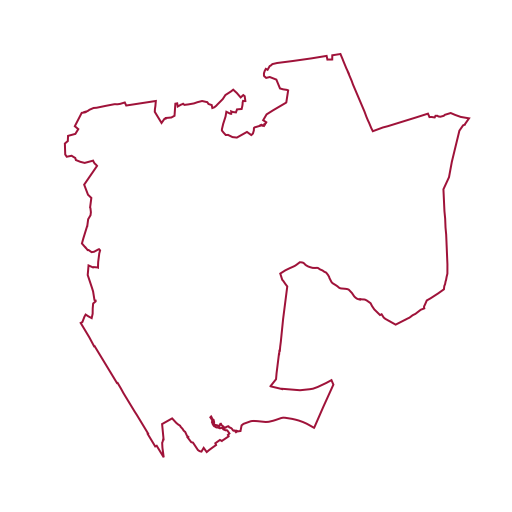 Naudītes pag., Dobele, Latvia (Mercator projection), rotated 95°
{"feature_id": "27541924B70535382823435", "entity_name": "Naudītes pag.", "entity_type": "district", "adm_level": 2, "iso_a3": "LVA", "parent_name": "Latvia", "parent_adm1": "Dobele", "projection": "mercator", "projection_center": [23.169, 56.558], "detail": "fine", "context": "isolated", "style": "outline", "palette": "rose", "viewbox_px": 512, "rotation_deg": 95, "n_neighbors": 0, "source": "geoboundaries", "source_scale": "gbopen_adm2", "svg_char_len": 6000}
<svg xmlns="http://www.w3.org/2000/svg" viewBox="0 0 512 512"><g transform="rotate(95 256 256)"><path d="M114.5,400.1L116.3,404.6L116.9,407.1L117.0,408.6L117.1,410.2L119.5,418.7L122.2,427.7L122.7,430.7L124.8,434.6L126.4,436.5L127.3,439.0L127.7,438.6L127.8,438.8L128.6,442.1L142.5,447.8L145.1,444.1L150.1,446.6L152.7,453.7L157.9,453.5L160.6,456.2L171.5,454.9L173.6,453.2L172.2,448.4L172.7,447.5L174.1,444.6L176.1,443.8L177.5,439.2L178.2,434.8L175.2,426.6L176.3,426.0L177.8,424.9L179.1,423.2L180.1,422.2L199.9,433.4L209.6,428.7L212.5,425.1L222.2,425.5L222.8,425.1L226.8,424.3L229.8,424.4L234.0,426.4L240.8,426.7L240.8,426.8L253.8,429.6L258.7,430.5L262.5,426.6L262.4,426.5L264.8,424.2L264.6,423.4L266.5,420.1L265.9,417.7L263.5,414.1L262.9,413.0L264.0,411.8L267.3,412.4L268.4,412.4L275.5,412.7L278.0,412.6L281.3,412.4L281.2,412.7L281.2,416.8L281.6,417.3L280.0,422.0L289.6,422.0L302.3,416.5L305.5,415.2L313.9,413.1L314.4,412.3L314.4,411.9L315.2,411.8L317.4,414.0L317.7,414.1L322.4,414.1L327.8,413.7L332.2,414.3L330.7,417.8L329.2,420.6L331.4,421.6L336.9,423.2L338.0,424.8L351.5,415.0L360.1,409.4L359.9,408.9L394.7,383.4L394.5,382.8L396.3,381.5L399.8,379.0L404.3,376.0L421.6,363.3L424.8,360.8L442.3,348.0L442.7,348.4L454.5,339.8L453.7,338.4L464.6,330.4L455.2,332.5L450.2,333.2L449.1,332.8L446.7,332.5L446.7,332.1L431.6,334.9L425.1,325.4L425.9,324.5L429.2,320.9L430.6,318.9L431.7,316.8L432.7,316.2L434.6,314.1L436.2,312.9L437.0,311.9L437.4,311.2L441.1,309.1L442.1,307.8L442.6,308.4L447.1,304.3L447.4,302.5L454.3,297.0L454.8,296.2L455.2,295.4L455.5,294.4L455.6,293.3L451.7,291.4L455.6,288.0L453.4,285.8L450.4,282.4L447.8,279.3L446.1,280.2L442.4,275.9L443.3,273.9L442.7,273.5L442.4,272.9L438.1,267.6L437.9,267.5L436.7,268.4L435.1,267.0L432.7,269.0L432.1,269.8L432.3,271.0L431.6,273.3L430.9,274.0L430.2,274.4L430.1,274.9L430.8,277.0L430.1,279.1L430.3,280.0L430.0,281.2L429.5,281.7L429.3,282.7L428.9,283.2L427.4,284.4L426.8,284.6L425.4,285.4L425.1,285.4L424.6,284.9L423.7,285.3L423.6,285.2L422.8,285.9L422.0,286.1L421.7,286.6L420.7,287.4L419.8,286.7L420.9,285.9L422.0,285.6L422.9,284.0L425.2,283.2L426.5,283.4L427.7,282.6L428.2,279.1L428.9,277.7L426.3,276.9L426.2,276.3L427.3,275.8L429.1,273.1L429.7,272.9L429.9,272.5L429.9,271.9L429.6,271.2L429.0,270.9L428.0,268.9L428.0,268.6L429.0,267.7L429.3,266.6L429.7,265.6L430.3,264.9L431.6,263.8L432.0,263.2L431.7,262.3L431.7,262.0L431.9,261.3L431.7,260.4L431.8,260.0L432.4,260.6L432.9,261.0L433.3,260.6L432.5,259.7L431.7,256.2L426.0,255.6L424.3,253.8L421.1,246.9L420.7,245.4L420.5,243.6L420.4,240.5L420.5,232.9L420.5,231.8L420.2,229.7L420.0,228.7L418.6,224.5L417.7,222.3L415.2,216.7L414.7,214.9L414.6,213.1L415.1,205.9L415.6,202.3L416.2,199.0L417.3,194.8L418.6,191.0L419.6,188.7L422.1,183.2L421.5,182.9L400.4,175.8L377.4,167.7L373.1,170.0L376.5,175.2L381.1,183.1L383.2,187.6L384.0,190.7L385.9,200.5L386.0,218.4L386.3,218.4L384.6,229.9L384.4,230.2L377.0,225.3L371.1,225.3L351.8,224.6L351.8,224.4L348.3,224.4L348.3,224.0L344.2,224.0L339.3,223.8L316.5,223.5L283.6,222.2L281.2,224.4L278.5,226.6L277.4,227.8L271.4,230.3L267.7,225.5L265.3,221.5L263.2,217.7L262.4,216.4L261.3,215.0L258.4,211.8L258.4,209.7L258.6,208.5L259.2,207.4L260.4,206.1L261.0,205.1L261.9,203.1L262.4,201.2L262.9,198.6L262.8,196.8L262.5,194.0L262.5,193.6L262.6,193.1L263.8,191.0L264.6,188.5L265.8,186.5L266.3,184.9L266.7,184.4L268.5,182.7L270.5,181.3L271.4,181.0L275.1,178.7L275.9,178.0L276.6,177.0L278.1,174.0L279.1,172.2L280.4,170.4L280.6,169.9L280.8,169.2L280.9,168.5L280.9,163.9L281.0,162.4L281.2,161.4L281.5,160.6L284.5,157.2L287.6,154.7L288.4,153.8L289.2,152.6L289.8,151.5L290.0,150.6L290.4,148.6L289.8,148.5L290.0,146.8L289.9,145.1L289.9,144.0L290.0,143.5L290.6,141.9L292.7,138.3L293.1,137.7L295.7,136.1L298.9,133.5L304.0,127.3L303.1,125.8L306.2,123.4L307.4,121.6L312.2,110.9L305.0,99.4L304.2,98.0L303.4,97.0L301.8,95.3L301.1,94.4L299.8,92.2L295.2,87.2L293.5,83.8L292.6,84.1L292.0,84.2L290.8,83.9L289.9,83.5L285.4,82.0L283.0,78.5L277.4,71.3L272.8,65.9L269.5,65.8L267.6,65.2L264.6,64.9L263.6,64.6L260.2,64.3L256.9,63.8L247.5,64.6L218.2,68.4L211.0,69.7L202.4,70.8L194.8,72.2L173.2,75.1L160.7,70.6L145.0,69.1L113.4,64.3L107.8,61.1L106.9,59.3L106.4,59.3L100.3,55.8L99.6,64.2L98.1,69.9L96.6,74.5L98.9,80.2L100.0,81.2L101.2,84.5L101.1,86.5L100.5,87.5L100.7,89.4L102.4,90.1L102.2,93.4L102.5,95.3L99.2,97.1L103.8,108.1L115.2,136.0L116.9,140.8L121.5,150.5L118.4,152.4L113.4,155.0L111.2,156.3L107.8,158.1L102.7,160.5L76.6,174.4L73.3,175.9L65.4,180.1L65.4,179.9L61.1,182.4L53.2,186.5L52.5,186.8L47.4,189.5L49.4,197.5L53.6,197.2L54.1,202.0L50.5,203.1L54.3,218.0L58.6,236.6L61.9,251.8L63.4,256.4L65.0,257.9L65.6,258.9L69.5,260.7L68.7,262.5L71.0,263.5L73.3,264.0L75.5,263.8L76.3,263.4L76.6,262.8L77.7,261.4L76.5,257.9L78.5,251.1L87.0,246.7L87.6,243.5L87.8,239.9L88.1,238.6L88.2,238.4L100.3,239.2L100.7,239.5L109.3,251.6L114.0,257.8L120.1,260.7L121.9,257.4L122.8,257.8L122.9,258.0L123.4,258.3L123.8,258.4L123.7,258.7L123.8,258.9L124.1,258.7L124.6,258.8L124.9,259.7L125.6,259.7L125.4,260.3L125.7,260.1L125.7,260.7L125.6,261.1L125.1,261.6L125.1,262.2L125.5,262.5L125.3,263.1L125.5,263.3L126.1,263.5L126.2,264.0L128.0,268.6L128.5,269.1L128.9,269.2L131.1,269.1L134.1,269.7L135.2,270.4L135.5,271.0L135.9,271.3L133.2,275.8L139.7,285.4L139.6,289.8L137.8,294.4L138.1,296.7L135.9,299.1L134.0,300.9L132.7,301.0L127.2,300.2L119.7,298.5L114.9,298.1L116.5,294.0L116.5,293.1L115.0,293.1L114.1,293.3L114.6,291.6L114.7,288.5L111.6,287.7L110.8,283.1L107.7,282.7L105.8,282.6L104.3,282.7L102.6,282.4L102.7,280.4L102.6,280.1L97.8,281.2L96.8,282.7L99.4,285.1L95.3,289.3L92.3,293.2L94.3,295.3L98.3,300.5L102.6,302.8L108.6,307.8L109.8,308.7L111.5,310.5L112.4,312.4L109.5,313.3L108.7,316.6L107.0,317.9L106.3,323.2L107.9,327.8L109.4,331.1L110.9,336.7L111.7,340.5L110.7,341.9L111.2,342.6L111.7,343.8L113.9,347.0L110.8,347.8L111.3,349.6L123.4,349.4L125.4,352.4L126.4,358.0L127.1,358.0L127.4,359.2L131.7,361.7L121.2,369.4L118.5,369.5L115.5,369.3L110.3,369.3L117.4,398.4L114.5,400.1Z" fill="none" stroke="#9f1239" stroke-width="2"/></g></svg>